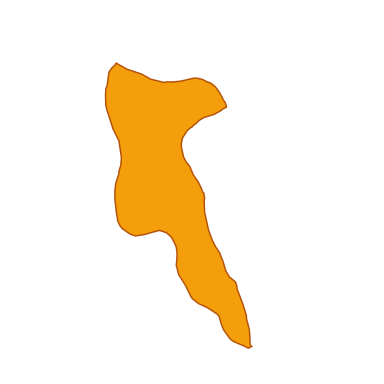 the district of Jacaltenango, Huehuetenango, Guatemala, rotated 214°
{"feature_id": "79465075B56243891035553", "entity_name": "Jacaltenango", "entity_type": "district", "adm_level": 2, "iso_a3": "GTM", "parent_name": "Guatemala", "parent_adm1": "Huehuetenango", "projection": "albers", "projection_center": [-91.75, 15.749], "detail": "fine", "context": "isolated", "style": "filled", "palette": "amber", "viewbox_px": 384, "rotation_deg": 214, "n_neighbors": 0, "source": "geoboundaries", "source_scale": "gbopen_adm2", "svg_char_len": 1538}
<svg xmlns="http://www.w3.org/2000/svg" viewBox="0 0 384 384"><g transform="rotate(214 192 192)"><path d="M326.9,256.5L326.9,253.4L327.8,250.7L327.9,245.0L321.9,232.8L321.2,229.6L318.7,225.3L316.9,222.6L312.1,215.9L308.7,212.7L292.7,200.1L281.2,193.6L269.8,181.1L265.9,174.2L264.5,169.4L262.6,165.4L260.0,156.5L256.5,149.7L251.8,142.8L243.2,132.7L236.8,126.0L232.5,123.6L228.8,122.6L219.7,122.5L214.3,124.0L207.6,130.2L202.4,136.4L197.5,142.0L190.2,144.0L183.9,143.0L178.2,140.1L174.2,137.5L170.0,132.7L167.0,127.9L164.0,122.4L156.7,116.0L144.7,110.7L134.5,104.7L131.7,103.7L123.7,103.2L115.0,104.7L103.3,104.9L100.2,104.2L94.0,99.0L88.7,95.4L77.9,91.4L73.8,91.3L71.8,91.7L62.4,93.5L58.0,94.0L56.1,97.4L58.1,97.8L61.4,101.8L62.3,103.4L67.5,109.9L73.3,115.1L75.0,116.3L78.0,120.1L87.0,127.4L100.5,136.9L102.2,139.1L105.6,141.7L113.5,142.5L115.8,143.5L120.0,145.6L127.7,152.0L130.6,153.9L135.3,157.1L142.2,160.0L148.0,163.2L156.9,169.6L170.1,182.1L176.2,190.4L178.5,194.5L180.6,196.4L181.2,197.5L183.2,198.0L185.9,200.0L192.0,203.6L200.8,207.1L208.4,212.1L213.8,213.7L218.8,216.5L226.7,224.1L228.9,228.3L230.2,232.2L230.2,240.4L229.0,244.9L228.3,245.6L228.4,247.2L227.0,250.8L226.3,254.9L223.8,260.4L217.2,268.5L213.2,276.4L213.3,277.3L210.9,281.6L212.5,283.3L215.0,285.0L218.1,286.0L219.6,287.2L226.8,290.7L232.4,292.5L237.3,292.7L241.6,291.7L246.1,291.2L250.5,289.6L253.9,287.7L263.5,277.4L270.0,272.1L274.7,269.0L276.6,267.1L289.4,262.4L299.4,261.6L314.9,257.4L326.9,256.5Z" fill="#f59e0b" stroke="#b45309" stroke-width="1.5"/></g></svg>